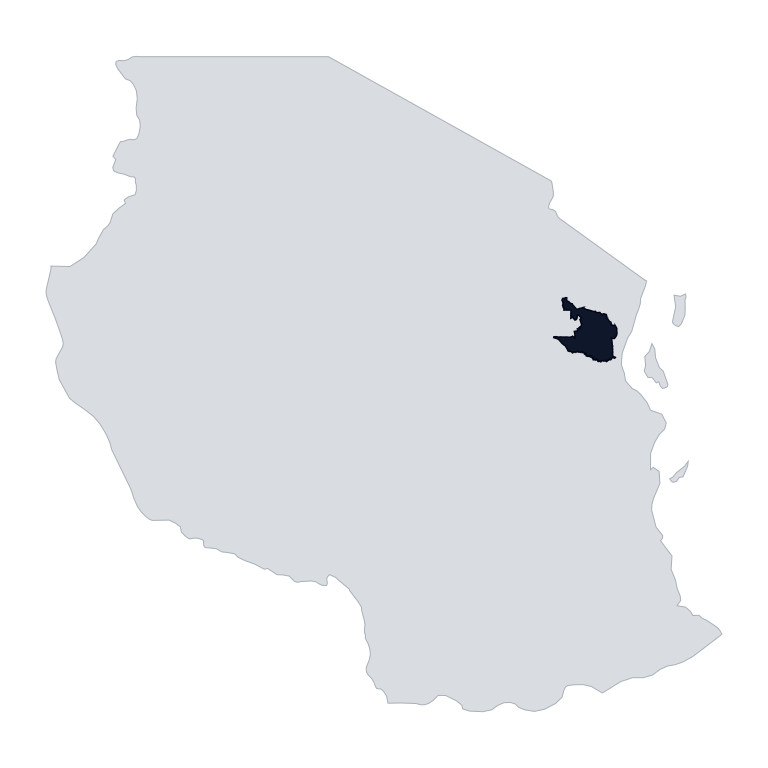 Handeni, Tanga, United Republic of Tanzania (highlighted)
{"feature_id": "72390352B54290670955979", "entity_name": "Handeni", "entity_type": "district", "adm_level": 2, "iso_a3": "TZA", "parent_name": "United Republic of Tanzania", "parent_adm1": "Tanga", "projection": "mercator", "projection_center": [38.284, -5.494], "detail": "fine", "context": "in_parent", "style": "filled", "palette": "ink", "viewbox_px": 768, "rotation_deg": 0, "n_neighbors": 0, "source": "geoboundaries", "source_scale": "gbopen_adm2", "svg_char_len": 9232}
<svg xmlns="http://www.w3.org/2000/svg" viewBox="0 0 768 768"><path d="M264.3,569.2L254.4,564.0L245.4,560.8L238.0,557.3L234.7,553.8L227.8,552.5L221.9,551.9L216.3,548.7L205.0,547.5L203.7,545.4L203.5,540.6L201.6,539.4L197.4,538.2L193.0,538.2L190.3,538.9L188.7,538.6L185.0,535.8L181.5,532.2L180.2,526.6L175.0,522.9L169.1,520.1L152.4,520.4L149.8,519.5L145.9,516.6L141.2,511.9L137.5,506.5L134.2,499.1L130.9,489.2L111.8,449.8L109.8,442.4L106.1,434.1L100.0,424.0L93.6,416.5L84.8,409.6L74.9,402.8L69.5,398.2L59.3,379.7L57.2,371.1L55.6,362.1L56.2,358.5L62.6,346.9L63.3,343.7L62.5,339.3L59.4,330.1L55.4,318.9L47.3,298.6L46.1,293.5L46.2,289.6L51.0,269.0L50.9,266.1L70.0,266.5L83.9,257.5L96.1,244.0L98.5,238.4L103.4,229.7L108.3,225.4L110.1,222.4L112.9,213.8L119.3,207.9L125.5,203.4L124.2,200.3L125.1,199.1L128.5,196.8L135.1,194.7L136.4,190.2L136.3,185.1L135.3,182.2L135.5,178.9L134.5,177.1L130.2,176.6L123.8,174.1L118.4,173.0L114.8,171.5L113.4,170.4L112.8,167.3L115.8,159.4L112.9,156.2L119.5,143.2L120.7,141.6L123.1,141.4L127.0,140.0L130.5,139.3L133.4,139.8L135.5,139.3L137.4,137.8L139.0,133.4L140.3,126.0L139.6,120.0L136.8,115.3L136.1,108.2L137.3,98.7L136.4,90.8L133.4,84.4L130.2,80.7L125.5,78.9L118.0,69.2L115.7,64.5L116.1,61.6L118.7,60.4L123.4,60.8L127.9,59.7L132.1,57.0L136.2,56.3L138.4,56.7L328.5,56.7L550.9,180.8L551.8,182.3L553.5,193.0L553.2,196.6L549.7,202.8L548.7,206.0L548.7,208.2L549.5,209.1L552.4,209.4L554.9,210.9L555.8,212.0L557.7,216.7L560.2,219.0L644.7,280.0L646.6,280.9L645.4,286.0L640.6,298.5L640.3,303.6L638.5,309.7L636.7,313.7L631.8,331.2L627.7,337.8L622.2,353.1L621.3,364.9L624.3,373.1L625.5,380.8L632.0,388.4L637.2,391.1L640.7,394.5L647.0,402.4L650.6,410.3L661.8,414.2L666.3,423.1L664.6,429.2L659.4,434.3L654.6,442.5L650.6,453.3L650.5,469.8L653.2,467.3L659.1,471.4L659.9,483.5L653.8,497.7L651.9,504.4L651.6,510.0L656.0,527.0L662.8,535.7L662.3,538.4L660.5,540.7L672.0,556.0L671.1,569.4L675.4,579.7L677.3,588.8L680.1,595.7L680.7,600.4L677.1,605.7L685.5,607.1L690.5,611.4L692.8,615.5L698.9,615.3L702.2,618.2L706.9,620.5L717.4,627.5L720.2,631.0L721.9,634.3L693.1,656.3L682.7,662.0L675.3,664.6L667.3,666.1L659.8,669.5L652.6,675.0L643.5,677.7L632.4,677.7L620.7,681.6L602.3,693.0L591.6,686.6L583.2,684.6L573.5,684.8L567.6,685.6L565.5,687.0L563.7,690.8L562.1,697.2L555.8,703.3L544.7,709.2L534.4,711.4L525.0,709.9L518.7,707.4L515.4,704.0L510.5,702.5L504.1,702.7L497.9,705.2L492.0,709.7L482.6,711.7L469.7,711.1L462.7,708.9L461.8,705.1L456.1,700.6L445.7,695.5L438.1,695.4L433.2,700.3L428.7,703.4L424.7,704.7L421.1,704.8L415.8,703.5L401.5,703.0L388.0,703.2L386.6,696.1L383.8,691.7L381.4,689.2L376.7,688.5L375.4,686.5L373.9,682.1L371.6,678.4L368.5,675.3L366.7,672.4L366.1,669.7L366.5,666.8L369.4,659.5L370.3,654.6L369.9,649.5L368.4,644.3L365.2,638.1L365.6,636.3L364.5,632.1L364.4,629.1L365.0,625.4L364.4,620.6L361.6,610.2L361.6,607.6L358.7,602.5L349.7,590.7L349.3,589.2L335.2,577.2L329.5,574.6L327.5,576.9L326.7,578.9L327.3,582.8L327.0,584.7L326.4,585.5L323.1,585.4L320.9,584.9L315.6,581.7L311.5,581.0L301.1,581.5L297.5,582.3L294.7,581.6L289.2,576.1L282.8,574.9L277.0,574.7L267.6,568.5L264.3,569.2ZM663.2,371.2L667.9,384.2L667.3,386.7L664.0,388.2L662.3,388.3L660.3,386.2L658.8,381.8L656.3,382.9L652.1,377.6L647.9,377.4L644.2,371.1L645.6,365.7L644.8,356.4L649.3,351.6L651.9,343.6L654.8,349.1L655.5,357.6L659.4,367.6L663.2,371.2ZM685.6,293.9L686.0,297.0L685.0,299.9L685.2,309.1L684.9,315.2L681.4,323.7L678.6,326.7L676.1,325.8L674.0,324.4L672.4,322.1L675.7,306.6L674.0,295.2L680.5,296.3L685.6,293.9ZM676.3,481.5L673.0,482.3L671.7,481.5L669.7,478.9L673.2,476.8L676.6,472.5L684.5,466.3L688.2,461.4L687.6,466.2L683.1,476.8L679.3,477.4L676.3,481.5Z" fill="#d9dde1" stroke="#a8b0b8" stroke-width="1"/><path d="M562.0,300.4L562.1,300.5L562.2,300.9L562.5,301.0L562.6,301.5L562.8,301.7L563.0,302.1L562.8,302.4L563.0,302.7L563.0,302.9L563.2,303.0L563.0,303.5L563.0,303.8L562.8,304.3L562.9,304.8L562.9,305.0L562.8,305.4L562.7,305.4L562.6,305.5L562.7,305.8L562.9,306.0L563.0,306.4L563.3,306.6L563.2,307.1L563.2,307.5L563.4,307.8L564.1,308.3L563.9,308.7L564.1,309.3L564.0,309.5L563.9,309.8L563.9,310.1L564.2,310.1L565.6,310.0L567.7,310.1L571.0,310.0L571.0,310.9L570.8,315.4L570.9,317.0L570.8,318.3L571.9,317.7L572.4,317.7L573.0,317.4L573.3,317.6L573.6,318.4L574.3,319.4L575.0,320.1L575.6,319.9L575.8,319.7L576.3,319.5L576.7,318.8L577.1,317.9L577.2,315.6L577.3,315.6L577.4,315.4L577.8,315.1L577.9,314.9L579.3,315.9L580.5,317.2L581.4,317.8L579.9,319.6L580.4,320.3L580.4,320.9L580.7,321.7L581.3,323.8L581.5,323.9L581.8,323.9L581.0,326.4L580.1,328.1L579.8,327.0L579.2,327.5L577.7,329.1L577.4,329.0L577.5,329.9L577.3,331.4L576.6,331.1L575.9,331.1L574.3,331.4L574.4,332.1L574.9,334.1L574.9,336.8L574.7,338.1L574.0,337.3L572.6,336.2L572.3,336.5L571.3,336.9L569.1,337.3L566.8,337.0L563.1,337.1L560.1,336.9L558.5,337.1L556.4,336.7L555.6,336.7L553.9,336.8L553.7,337.6L554.4,337.9L556.7,338.5L558.7,339.5L561.9,343.2L563.0,344.2L563.8,344.7L564.3,345.3L565.0,345.4L566.4,347.6L567.3,349.2L568.1,351.0L568.4,351.1L568.7,350.9L569.1,351.0L569.3,351.4L569.5,351.4L570.0,351.5L570.7,351.3L571.0,351.6L571.8,352.0L572.1,352.2L572.1,352.4L572.3,352.8L572.6,352.9L572.9,352.1L573.0,352.0L573.4,352.0L573.9,352.3L574.0,352.2L574.3,352.0L575.0,352.0L575.5,352.2L575.8,352.0L576.0,352.3L576.1,352.2L576.4,351.7L576.9,351.3L577.1,351.4L577.4,351.7L577.5,351.7L577.6,351.4L578.0,351.9L578.3,352.1L578.5,352.1L578.7,351.9L579.0,351.7L579.2,351.9L579.3,351.9L579.5,352.1L580.0,352.2L580.6,352.4L580.8,352.2L580.6,351.9L581.0,351.7L581.3,351.9L581.7,351.7L582.0,352.0L582.4,351.8L582.5,351.8L582.5,352.1L582.8,352.1L583.0,352.2L582.7,352.6L582.9,352.6L583.0,352.5L583.3,352.8L583.8,352.6L584.0,352.8L584.6,352.9L584.9,353.2L584.8,353.5L585.1,353.5L584.6,353.9L584.5,354.1L584.8,354.3L584.9,353.9L585.0,353.9L585.5,354.3L585.8,354.1L585.7,354.5L586.1,354.7L586.0,354.9L586.2,355.1L586.4,355.3L586.2,355.4L586.5,355.7L586.5,355.8L586.9,355.6L587.0,355.7L586.9,355.9L587.0,356.0L587.1,355.9L587.3,356.2L587.5,356.3L587.8,356.1L588.1,356.1L588.4,356.1L588.4,356.3L588.6,356.4L589.2,356.2L589.1,355.9L589.4,355.8L589.5,355.9L589.5,356.0L589.8,356.0L589.9,356.4L589.9,356.6L590.0,356.7L590.1,356.3L590.3,356.2L590.2,356.0L590.3,355.9L590.5,356.1L590.8,356.2L590.6,356.4L590.9,356.5L591.2,357.0L591.3,356.9L591.3,356.6L591.8,356.6L591.8,356.8L592.1,357.2L592.5,357.4L592.5,357.6L592.9,357.7L592.9,358.0L592.7,358.0L592.5,358.4L593.1,358.7L593.2,359.0L593.3,358.9L593.1,359.6L593.2,359.8L593.9,359.6L594.2,359.8L594.6,359.6L595.0,359.7L595.2,359.9L595.3,359.8L595.2,359.7L595.5,359.5L595.7,359.8L596.0,359.8L596.1,360.0L596.5,359.9L596.4,359.8L596.5,359.6L596.3,359.5L596.5,359.5L596.5,359.3L596.9,359.5L596.9,359.3L597.2,359.5L597.1,359.8L597.3,359.9L597.4,359.7L597.5,359.7L597.5,360.4L597.7,360.8L597.6,361.0L597.8,360.8L597.9,361.0L598.2,360.9L598.1,361.3L598.3,361.3L598.6,361.5L599.6,361.1L600.6,361.8L601.0,361.7L601.0,361.3L601.5,361.1L601.4,360.8L601.7,360.6L602.1,360.6L602.3,360.8L602.8,360.7L603.2,360.9L603.4,360.8L603.5,361.0L603.9,361.1L604.6,361.0L605.5,360.4L605.8,360.7L606.3,360.7L606.5,361.0L606.1,361.0L605.9,361.2L606.0,361.4L606.5,361.6L606.9,361.2L607.2,361.2L607.5,360.9L607.6,360.5L608.4,360.3L608.4,360.0L608.6,359.9L608.6,359.5L609.1,359.4L609.1,359.2L609.3,359.2L609.3,359.4L609.2,359.7L609.3,359.7L609.8,359.6L610.4,359.8L610.8,359.7L610.9,359.4L611.4,359.1L611.5,358.8L611.5,358.5L612.2,357.8L613.1,357.6L614.3,358.2L614.6,358.2L614.9,358.1L615.1,357.6L614.9,357.6L614.9,357.4L615.2,357.3L614.9,357.0L614.0,356.9L613.2,356.6L612.9,356.1L612.8,355.0L612.5,354.4L612.5,354.0L612.7,353.4L612.5,353.2L612.7,352.7L612.8,352.2L612.5,350.0L612.7,349.6L612.6,349.2L612.7,348.7L612.3,347.3L612.8,346.1L612.6,345.9L612.3,345.7L612.2,345.5L612.3,345.1L612.0,341.6L611.5,338.4L614.3,338.5L615.3,337.4L616.5,335.5L616.8,334.5L617.0,332.7L616.7,330.6L616.8,329.8L616.8,328.6L616.4,327.5L615.1,325.4L615.1,325.5L614.9,325.5L614.8,325.4L614.7,325.4L614.8,325.5L614.7,325.6L614.4,325.4L614.2,325.4L611.8,325.3L611.9,324.9L611.6,324.8L611.4,324.6L611.2,324.0L611.3,323.7L611.1,323.4L611.0,322.7L610.9,322.5L610.9,322.2L609.7,321.6L607.4,318.6L607.6,318.1L606.3,317.7L606.8,317.1L606.9,316.8L606.6,315.9L606.4,315.7L606.6,315.3L606.3,314.7L606.0,314.6L605.9,314.3L605.4,314.3L605.0,314.5L604.9,314.3L604.6,314.3L604.3,313.9L604.0,313.8L603.8,313.9L603.4,313.8L603.2,314.1L602.4,314.3L602.2,314.4L601.9,314.5L601.9,314.3L601.6,314.4L601.7,314.6L601.1,314.3L601.2,314.1L601.1,313.8L600.7,313.8L600.2,312.8L599.8,312.4L597.9,312.6L596.4,312.7L595.5,311.3L594.0,311.5L593.6,311.5L588.3,309.9L586.9,309.7L586.0,309.4L584.4,308.5L583.5,307.9L583.4,307.6L583.6,307.4L583.0,307.5L581.4,308.1L579.6,308.4L578.4,308.9L576.7,309.3L575.9,308.5L573.8,306.0L573.0,305.2L572.6,304.6L572.3,303.8L571.3,303.6L569.8,302.9L569.5,302.4L568.6,301.5L567.8,301.3L566.8,300.6L566.7,300.5L566.7,299.6L566.5,299.0L566.7,298.6L566.6,298.0L566.7,297.8L566.5,297.7L566.4,297.7L566.5,297.8L566.3,297.9L566.4,298.1L566.1,298.1L565.9,298.3L565.7,298.3L565.6,298.0L564.5,298.2L564.1,298.4L564.1,298.5L563.7,298.4L563.2,298.3L563.1,298.6L562.9,298.6L563.0,298.8L562.9,298.9L562.7,298.8L562.6,299.2L562.4,299.3L562.2,299.5L562.0,300.0L562.0,300.4Z" fill="#0f172a" stroke="#020617" stroke-width="1.5"/></svg>